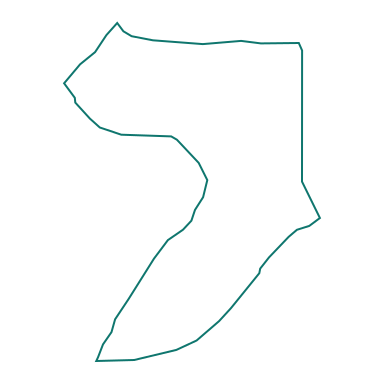 Santa Clara La Laguna, Sololá, Guatemala
{"feature_id": "79465075B26793890214768", "entity_name": "Santa Clara La Laguna", "entity_type": "district", "adm_level": 2, "iso_a3": "GTM", "parent_name": "Guatemala", "parent_adm1": "Sololá", "projection": "mercator", "projection_center": [-91.309, 14.72], "detail": "fine", "context": "isolated", "style": "outline", "palette": "teal", "viewbox_px": 384, "rotation_deg": 0, "n_neighbors": 0, "source": "geoboundaries", "source_scale": "gbopen_adm2", "svg_char_len": 680}
<svg xmlns="http://www.w3.org/2000/svg" viewBox="0 0 384 384"><path d="M319.9,218.0L302.0,181.6L302.1,50.5L298.8,43.0L260.9,43.4L241.1,40.9L202.8,44.1L152.9,40.3L131.6,36.2L123.4,31.3L117.2,23.0L106.4,35.1L95.1,52.1L80.1,64.3L64.1,83.3L74.8,97.8L75.3,102.6L89.9,118.6L99.8,127.5L121.3,134.7L171.2,136.4L176.9,139.7L198.7,162.9L207.3,180.1L203.1,197.2L195.0,209.9L191.4,220.7L183.0,229.7L167.9,240.1L154.0,258.6L128.6,299.0L115.1,319.3L111.5,332.1L103.0,344.4L98.1,357.1L96.3,361.0L134.2,360.0L176.4,349.9L196.6,340.5L219.1,321.1L231.0,308.1L259.3,273.2L260.2,268.6L269.0,257.4L288.7,236.8L296.9,229.8L309.3,225.9L319.9,218.0Z" fill="none" stroke="#0f766e" stroke-width="2"/></svg>